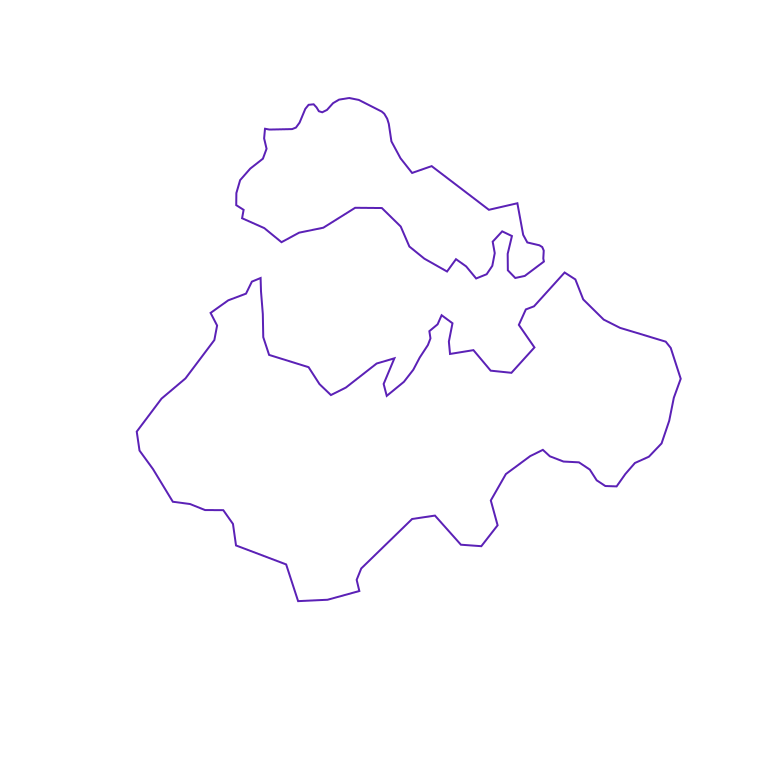 an SVG outline of Csongrád, rotated 219°
{"feature_id": "HUN-3172", "entity_name": "Csongrád", "entity_type": "County", "adm_level": 1, "iso_a3": "HUN", "parent_name": "Hungary", "parent_adm1": "", "projection": "albers", "projection_center": [20.284, 46.456], "detail": "fine", "context": "isolated", "style": "outline", "palette": "violet", "viewbox_px": 768, "rotation_deg": 219, "n_neighbors": 0, "source": "natural_earth", "source_scale": "10m", "svg_char_len": 2015}
<svg xmlns="http://www.w3.org/2000/svg" viewBox="0 0 768 768"><g transform="rotate(219 384 384)"><path d="M191.7,594.2L183.9,592.5L156.7,574.8L150.1,555.7L139.2,534.9L130.9,512.5L132.4,494.2L139.3,480.5L139.8,466.0L138.8,450.8L147.8,444.0L158.1,443.0L170.2,447.0L183.2,445.8L195.7,436.7L209.6,432.2L219.1,432.8L225.0,420.0L232.6,390.7L227.7,360.7L206.8,345.7L206.3,319.2L223.1,307.5L261.6,313.8L277.2,296.8L285.6,226.3L282.0,214.6L272.9,207.6L292.1,180.8L314.1,161.2L346.5,182.2L397.4,165.4L413.3,180.2L429.5,184.8L443.8,173.4L459.3,168.6L474.0,159.6L510.0,172.5L532.1,178.4L546.2,191.4L547.7,232.6L541.8,263.4L543.5,311.4L550.5,324.4L563.5,330.1L557.7,351.0L548.1,367.4L551.1,380.4L546.6,388.7L537.9,378.6L522.2,362.1L507.3,344.4L491.6,334.3L453.2,349.6L434.0,343.3L418.3,342.0L411.4,357.2L402.6,395.3L392.1,410.5L384.3,383.8L374.4,376.5L369.9,398.2L370.2,413.5L372.9,427.1L374.4,441.9L376.6,448.7L382.0,453.6L379.9,464.1L382.5,473.7L369.0,474.3L360.3,457.8L351.6,448.9L335.8,466.6L309.5,461.5L292.0,472.9L290.1,507.1L316.4,514.8L320.7,531.2L316.3,538.8L313.8,584.3L301.1,585.7L282.4,575.1L253.8,572.3L235.8,576.2L229.0,579.0L191.7,594.2ZM637.1,507.5L633.2,509.6L615.8,524.3L613.8,527.9L614.1,534.0L618.3,548.3L618.3,553.5L614.7,557.1L610.5,556.5L606.3,555.0L603.0,556.3L600.8,561.1L600.4,568.9L600.3,570.3L597.9,576.7L591.1,584.3L582.4,588.9L557.2,594.3L553.9,594.2L548.5,592.2L544.0,589.2L530.9,577.2L513.2,569.8L495.0,565.7L484.1,583.3L412.1,585.4L394.1,608.4L369.7,587.5L361.7,584.2L350.5,589.6L347.2,590.0L343.8,588.2L339.2,581.8L336.8,579.8L342.6,556.6L348.7,549.0L359.3,550.3L369.8,563.0L377.7,579.5L388.2,577.0L389.1,563.0L380.3,555.4L374.2,544.0L373.3,533.9L378.8,524.0L394.2,527.1L406.6,526.3L405.8,511.1L431.5,506.8L450.8,506.8L470.1,516.9L496.4,519.4L517.3,502.8L529.5,467.3L545.2,448.2L552.9,429.7L575.2,429.8L598.6,423.5L602.7,431.0L611.4,430.0L618.9,439.5L624.1,451.9L623.5,467.2L619.9,482.9L623.3,492.9L631.7,499.4L637.0,507.3L637.1,507.5Z" fill="none" stroke="#5b21b6" stroke-width="2"/></g></svg>